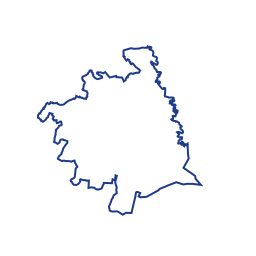 General Canuto A. Neri, Guerrero, Mexico, rotated 111°
{"feature_id": "50627088B85246056724718", "entity_name": "General Canuto A. Neri", "entity_type": "district", "adm_level": 2, "iso_a3": "MEX", "parent_name": "Mexico", "parent_adm1": "Guerrero", "projection": "robinson", "projection_center": [-100.124, 18.444], "detail": "fine", "context": "isolated", "style": "outline", "palette": "blue", "viewbox_px": 256, "rotation_deg": 111, "n_neighbors": 0, "source": "geoboundaries", "source_scale": "gbopen_adm2", "svg_char_len": 5807}
<svg xmlns="http://www.w3.org/2000/svg" viewBox="0 0 256 256"><g transform="rotate(111 128 128)"><path d="M44.8,138.9L45.3,139.0L45.5,138.5L45.9,138.3L46.5,139.5L48.0,143.8L49.8,146.0L51.9,150.8L52.4,153.7L56.9,159.7L58.0,159.8L60.8,158.4L61.5,158.4L62.2,157.8L62.5,157.1L62.9,157.7L65.7,153.6L64.8,153.0L63.9,152.9L63.9,152.2L64.2,151.2L65.5,150.6L65.5,149.7L65.9,149.7L66.4,149.4L66.6,148.6L67.0,148.5L67.4,147.9L66.1,147.2L66.0,146.9L67.0,144.7L68.4,142.6L68.6,141.3L69.5,138.3L70.2,137.3L72.1,137.6L72.7,137.9L73.4,140.1L74.9,142.1L75.2,142.1L75.8,142.9L75.8,144.8L76.1,145.2L77.1,145.8L77.6,145.8L77.8,146.3L79.0,146.8L79.7,146.8L80.3,146.4L80.5,146.9L81.1,146.7L81.3,147.4L83.1,147.7L84.0,147.3L86.0,148.5L83.0,151.7L84.7,157.0L83.6,157.6L87.4,163.2L84.0,169.4L85.7,170.7L85.8,173.1L87.0,176.5L88.0,176.6L88.4,176.2L88.4,175.3L89.0,174.2L88.9,171.8L89.3,170.7L90.3,170.2L92.9,173.2L93.3,174.2L93.3,175.3L92.8,177.4L92.0,178.9L91.1,179.6L90.6,179.6L89.9,180.7L89.0,180.9L88.8,182.0L87.5,182.5L87.4,183.4L87.9,184.1L88.8,184.4L89.4,184.3L90.6,184.9L91.8,184.8L93.6,186.0L96.4,188.7L97.6,188.8L98.7,188.1L99.0,187.4L99.6,187.2L100.0,186.6L100.0,185.8L100.4,185.1L101.4,184.5L104.2,184.7L106.9,183.9L108.3,184.3L108.6,183.9L108.6,179.6L108.9,179.5L109.4,178.7L110.1,178.1L112.1,177.9L113.0,177.3L113.8,177.4L114.4,177.9L115.2,177.5L115.9,177.6L116.1,179.0L116.5,180.2L116.2,181.5L116.5,182.1L116.1,184.2L116.8,184.2L116.9,185.0L116.7,187.8L117.3,187.6L119.4,187.9L119.9,188.2L119.7,189.0L122.3,191.4L122.9,192.4L125.6,194.5L129.0,196.4L129.8,197.4L130.8,200.1L130.6,202.6L130.0,203.1L131.5,206.0L131.3,207.0L131.8,207.0L131.5,210.3L132.2,209.2L132.7,209.3L134.0,210.3L133.7,210.8L133.8,211.9L133.6,212.2L134.2,212.5L134.5,213.0L138.2,213.1L138.8,213.3L138.7,213.7L139.2,214.1L140.1,214.2L140.6,213.7L141.0,214.2L142.8,214.9L144.4,215.1L145.5,215.5L145.9,215.2L146.2,216.1L148.2,216.5L150.7,215.7L150.7,214.4L151.4,213.2L151.4,212.3L151.8,212.3L152.0,211.6L152.6,211.4L152.4,210.7L152.7,210.0L152.6,209.6L149.6,207.7L147.9,207.6L146.5,206.5L145.3,206.8L142.1,206.6L141.9,203.7L143.0,203.8L143.9,201.4L146.3,201.6L147.4,200.1L147.1,199.6L147.3,199.3L147.0,199.1L146.3,197.5L148.3,196.8L149.0,196.2L148.0,194.8L146.3,193.6L146.0,192.7L148.6,191.1L149.3,191.2L150.6,193.1L152.8,193.3L155.1,194.5L155.9,194.6L156.3,194.1L158.8,193.8L160.1,193.2L163.6,193.0L166.0,192.1L167.6,192.0L167.6,189.7L168.1,188.1L166.6,187.0L165.6,186.7L164.8,187.0L163.2,186.7L162.3,185.5L162.0,184.3L162.3,183.5L162.0,182.2L162.0,179.9L163.8,179.3L165.9,180.1L170.0,181.1L173.6,180.9L174.9,181.2L175.9,180.7L179.5,182.5L181.9,182.4L182.5,178.3L182.4,177.4L181.6,176.6L181.4,176.2L181.1,173.7L180.5,173.0L180.4,172.1L179.7,169.7L179.6,168.5L178.4,167.6L177.6,166.3L179.4,165.0L182.4,161.4L184.1,162.2L185.0,162.2L192.4,160.2L193.3,160.2L194.2,160.6L196.4,162.6L197.7,162.7L198.4,162.1L198.6,160.8L199.7,159.9L200.4,158.4L199.7,155.9L199.1,155.2L197.6,154.1L195.6,153.5L194.8,153.5L193.6,154.3L192.9,154.0L192.7,151.3L192.0,149.1L192.2,148.2L191.6,147.3L191.7,146.6L191.1,145.7L198.1,143.4L196.7,141.2L196.0,139.1L195.9,138.0L196.5,135.8L196.2,133.7L193.8,130.9L190.3,130.9L189.1,130.6L187.9,130.9L185.3,123.2L181.4,124.0L181.5,121.4L176.7,122.6L176.7,121.3L180.7,120.8L182.4,120.8L184.5,119.8L187.4,117.2L190.0,116.8L192.8,115.1L195.9,117.2L197.2,117.3L198.4,117.0L200.5,117.7L202.5,117.4L208.3,117.6L211.6,115.4L211.8,114.4L211.6,112.7L209.6,107.9L210.8,101.9L207.9,99.5L206.1,94.3L188.5,96.7L185.5,97.4L184.6,97.0L184.3,96.1L184.3,93.3L188.0,93.6L188.1,93.3L187.9,92.8L188.3,92.1L188.3,91.7L185.5,85.9L175.4,77.4L173.5,76.6L167.4,70.2L161.3,63.4L160.9,56.2L158.9,52.7L157.1,48.0L155.0,39.5L151.3,46.6L148.7,48.1L145.3,61.9L134.7,60.4L130.6,62.8L121.3,66.7L122.1,67.2L123.3,67.0L123.3,68.0L122.6,68.6L122.7,69.1L123.3,69.4L124.8,69.1L124.7,69.6L123.6,70.8L124.4,71.8L124.3,72.2L122.8,71.9L122.2,70.9L121.8,71.2L121.5,72.0L121.8,72.9L123.6,73.7L124.2,74.8L124.4,75.6L122.0,76.0L121.4,75.9L120.1,75.4L119.8,74.2L119.4,73.8L117.4,74.1L117.2,74.4L117.3,74.7L118.2,76.4L118.2,78.4L118.0,78.7L115.8,77.9L115.4,78.2L114.4,80.7L114.0,80.4L113.4,78.6L113.5,75.7L113.4,75.3L112.0,75.2L111.4,75.5L110.5,76.7L110.3,77.8L109.9,78.6L109.2,79.2L108.4,79.4L107.5,78.4L107.1,78.5L106.3,81.2L104.8,82.3L104.7,83.4L104.3,84.3L104.5,85.1L105.0,85.5L104.5,86.2L105.1,88.1L105.0,89.5L104.5,90.7L104.2,90.5L103.9,89.2L103.6,89.2L102.2,89.6L101.1,90.5L100.7,90.6L100.4,90.2L100.3,88.1L100.1,87.9L97.8,88.1L95.8,87.5L94.9,87.5L94.1,87.9L93.9,88.7L93.9,89.1L94.5,90.0L95.9,88.6L96.6,88.6L96.8,88.9L96.8,89.5L95.8,91.8L95.5,91.8L94.8,90.4L93.9,91.3L93.9,92.2L93.4,92.6L93.0,92.3L92.8,91.1L92.5,91.0L92.0,91.4L91.6,92.8L91.1,92.8L89.8,91.7L89.4,92.0L89.3,92.9L89.6,94.0L90.6,94.5L90.8,94.9L90.2,95.7L89.3,95.5L88.9,95.8L89.0,96.3L90.1,97.4L90.1,97.7L89.2,97.6L88.5,98.4L88.1,98.5L87.1,98.3L86.9,97.7L87.3,96.3L87.0,95.2L86.4,94.6L86.0,94.5L85.7,94.8L85.4,96.6L84.7,96.6L84.1,95.9L83.6,96.1L83.5,96.7L84.0,98.7L85.0,100.7L84.8,101.9L85.2,104.7L84.6,105.3L80.1,106.5L77.6,107.5L77.6,108.7L79.0,109.2L79.1,109.5L78.8,110.9L76.4,115.0L75.7,115.8L75.2,115.3L74.8,114.4L74.5,114.4L73.8,114.6L73.4,115.1L73.3,115.7L75.1,118.5L74.7,118.9L73.6,118.9L73.0,118.5L72.8,118.1L72.1,117.9L70.7,118.7L69.6,118.1L68.8,117.3L68.3,117.1L67.6,117.3L67.8,118.6L67.3,118.9L66.8,118.5L66.3,117.2L65.4,116.9L64.5,117.1L64.2,117.5L64.1,118.0L65.4,120.8L64.9,121.5L64.0,121.8L62.4,124.9L60.6,126.5L60.1,128.6L58.3,130.2L57.7,130.1L57.7,129.1L58.5,127.8L58.3,126.1L58.9,124.3L58.3,123.5L56.9,123.4L55.8,123.9L55.2,125.7L53.0,125.9L52.1,126.2L51.6,127.0L51.7,129.9L51.3,130.7L50.8,131.0L48.8,131.1L47.6,131.9L47.0,132.8L46.8,134.0L47.0,135.5L46.7,136.2L46.0,136.2L45.3,135.1L44.8,135.0L44.4,135.1L44.2,135.7L44.9,138.5L44.8,138.9Z" fill="none" stroke="#1e3a8a" stroke-width="2"/></g></svg>